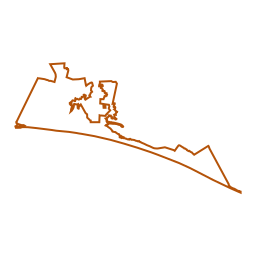 San Francisco del Mar, Oaxaca, Mexico
{"feature_id": "50627088B36646128750714", "entity_name": "San Francisco del Mar", "entity_type": "district", "adm_level": 2, "iso_a3": "MEX", "parent_name": "Mexico", "parent_adm1": "Oaxaca", "projection": "mercator", "projection_center": [-94.444, 16.207], "detail": "fine", "context": "isolated", "style": "outline", "palette": "amber", "viewbox_px": 256, "rotation_deg": 0, "n_neighbors": 0, "source": "geoboundaries", "source_scale": "gbopen_adm2", "svg_char_len": 5683}
<svg xmlns="http://www.w3.org/2000/svg" viewBox="0 0 256 256"><path d="M228.7,184.2L209.5,148.6L208.7,146.3L208.3,145.9L194.2,154.7L193.9,154.2L192.8,153.6L192.0,152.5L190.6,151.9L190.0,151.5L189.6,151.0L189.2,150.8L188.6,151.1L186.9,150.1L186.8,149.6L186.2,149.3L185.1,148.5L184.3,148.5L183.5,147.6L183.0,147.5L180.1,145.6L179.3,145.3L178.8,145.3L178.1,146.0L174.7,150.8L173.7,150.1L164.9,147.3L157.6,148.5L155.2,148.4L154.0,148.2L152.7,147.7L149.6,146.2L147.0,145.2L144.2,143.8L141.1,142.5L140.6,142.0L140.1,142.0L139.3,141.6L139.2,141.1L138.5,141.1L138.4,141.4L138.0,141.4L136.9,140.9L136.0,140.8L134.3,140.0L132.1,139.7L131.6,139.8L130.9,139.4L130.6,139.0L130.1,138.8L128.9,139.1L129.8,139.4L129.6,139.6L129.2,139.6L127.8,139.3L127.4,139.3L126.3,138.7L125.3,138.6L124.9,138.2L124.3,138.0L123.6,138.2L122.9,137.9L122.2,137.9L121.8,138.1L121.2,137.8L119.7,137.3L119.7,136.9L120.2,137.0L120.8,137.5L121.1,137.5L121.1,137.3L120.7,137.2L120.6,136.6L122.0,137.3L122.7,136.9L121.7,136.5L120.8,135.7L119.6,135.6L119.3,135.3L119.2,134.5L119.0,134.2L118.5,134.0L117.8,133.9L115.7,132.4L115.5,132.1L113.8,131.9L112.9,131.4L112.6,131.5L112.5,131.2L112.0,130.8L112.0,130.4L110.4,128.5L108.0,126.9L107.2,126.1L106.8,126.0L105.6,125.5L105.9,125.1L107.6,124.7L108.1,124.3L108.1,123.9L107.9,123.6L110.3,123.5L113.0,123.8L114.5,123.8L116.9,124.1L118.7,124.8L119.2,124.8L119.8,125.0L120.5,125.3L121.1,126.2L122.2,127.0L123.1,126.8L123.2,126.6L123.1,126.3L122.2,125.6L121.8,125.0L120.7,124.4L117.5,123.5L113.6,122.6L112.6,122.6L111.5,122.2L110.2,122.2L108.4,121.7L106.9,121.8L106.6,121.4L106.5,120.9L107.0,120.4L107.0,119.8L106.7,119.6L106.4,119.6L105.8,118.8L106.3,118.8L106.8,118.5L107.1,118.1L106.9,117.8L106.5,117.9L106.6,117.6L106.9,117.4L107.4,117.5L107.8,117.4L108.6,116.1L109.7,116.2L109.9,115.8L109.5,115.4L109.9,115.4L110.2,115.7L110.7,115.7L110.7,116.1L111.2,116.2L111.8,116.6L112.0,117.3L111.5,117.6L111.4,117.9L112.2,118.6L113.6,118.3L115.0,118.7L115.2,119.2L115.4,119.4L116.1,119.3L116.4,119.1L116.4,118.8L116.1,118.7L115.6,118.3L114.9,117.4L114.3,117.2L114.2,116.6L114.5,115.3L114.3,114.9L114.9,114.9L115.0,114.4L115.3,114.4L115.8,114.6L115.7,113.6L116.0,113.0L116.3,112.8L116.4,112.5L116.3,112.2L117.0,112.1L117.1,111.8L116.2,111.4L115.7,110.7L115.3,110.6L114.7,109.7L114.4,109.5L114.6,109.4L115.0,109.0L115.3,107.5L115.1,107.0L114.9,106.8L114.2,107.6L113.6,106.9L113.8,105.5L114.1,104.9L114.8,103.9L114.6,103.3L112.6,103.8L116.9,83.6L115.7,81.8L113.6,82.0L112.5,81.9L111.3,81.1L99.9,81.6L99.9,83.2L99.3,84.7L99.1,85.8L99.1,86.2L100.8,86.0L100.9,85.2L101.3,84.7L101.7,84.5L102.4,84.8L102.7,85.5L102.8,86.1L102.5,86.4L101.5,86.3L101.1,86.6L100.7,87.4L100.7,87.8L100.9,88.1L101.7,88.3L102.8,89.5L102.9,90.1L102.4,90.6L102.4,90.9L103.3,91.2L104.4,91.0L104.7,91.3L104.7,92.6L104.9,92.8L105.7,93.0L105.2,93.4L105.6,93.8L105.9,93.9L106.3,93.6L106.8,94.0L107.1,94.4L106.6,95.8L106.0,95.9L105.7,96.3L104.6,96.1L103.5,99.2L100.4,99.1L100.2,103.5L103.5,104.0L103.4,105.5L103.6,107.8L105.5,107.8L105.2,104.3L108.9,104.8L109.4,106.4L108.9,107.8L108.8,108.6L110.2,110.4L106.5,114.2L105.2,115.9L101.4,115.5L100.2,115.5L99.6,115.3L99.3,122.2L90.7,122.2L90.7,120.7L90.2,120.7L89.5,119.7L87.2,117.6L87.1,114.3L85.6,113.1L80.8,104.5L78.6,107.4L78.5,107.7L78.7,108.3L78.7,108.6L78.4,108.7L77.7,108.0L77.6,106.5L77.7,105.9L78.5,104.4L78.3,104.1L77.8,104.6L77.3,104.3L76.6,104.5L75.5,104.2L75.3,104.3L74.5,103.9L74.2,103.9L73.9,104.8L73.9,105.5L73.7,106.9L73.1,108.6L72.3,109.7L71.9,110.5L71.5,110.9L70.8,111.5L71.0,110.9L71.1,109.3L72.3,105.7L72.3,105.4L71.8,105.2L71.5,104.9L71.5,104.4L71.2,104.8L70.9,104.7L70.8,104.9L71.6,105.6L70.7,105.1L70.5,104.6L69.8,103.9L69.8,102.9L70.3,102.7L70.8,102.1L71.6,101.9L72.3,100.6L72.5,100.4L73.5,100.5L73.8,100.7L74.5,100.8L74.6,101.0L75.1,101.0L75.2,100.2L75.5,100.0L75.5,99.7L75.2,99.1L75.3,98.3L75.5,98.2L76.0,99.0L77.0,99.1L77.6,98.9L78.4,99.5L78.9,99.6L79.7,99.2L80.0,98.6L81.0,99.0L81.1,98.9L81.5,97.9L81.7,96.9L82.8,97.0L84.3,96.3L84.3,95.9L83.6,95.2L83.6,94.9L83.9,94.7L84.3,94.7L84.6,94.8L85.1,95.5L85.6,95.4L85.8,95.8L85.2,96.3L85.4,97.1L85.1,97.8L84.9,98.0L84.7,98.6L84.9,99.0L85.2,99.1L85.3,99.6L85.5,99.7L86.2,99.1L89.8,96.8L90.4,96.7L89.4,95.3L90.0,94.9L90.6,93.1L92.1,91.8L91.8,91.2L91.0,90.5L91.2,88.0L91.6,86.9L92.9,85.8L92.9,85.4L92.7,85.1L92.2,83.0L91.9,82.6L91.5,82.5L90.3,82.9L87.7,84.5L86.4,85.6L86.3,84.9L85.9,85.0L84.6,78.2L78.9,79.2L72.8,79.5L66.6,77.2L68.3,70.6L68.1,69.1L66.9,69.2L66.9,68.0L66.5,68.0L66.3,68.3L64.5,68.2L64.2,67.2L64.5,63.3L50.2,64.2L55.0,72.8L55.6,74.4L55.8,76.6L55.7,77.3L54.5,82.0L50.8,80.9L49.3,80.9L48.6,80.6L48.0,80.2L46.7,79.8L46.4,79.9L45.6,79.5L44.7,79.2L39.7,78.4L38.1,78.3L37.9,78.2L20.2,114.3L16.7,121.5L16.7,121.8L16.3,122.4L16.5,123.2L16.9,123.6L17.1,123.4L17.2,123.5L17.7,124.2L17.8,124.1L17.6,123.7L18.2,124.1L19.1,124.3L19.4,124.7L19.7,124.8L20.2,124.7L20.7,124.8L21.9,125.3L22.5,125.1L23.6,125.1L24.3,125.5L24.0,125.6L23.5,125.5L22.9,125.7L22.6,125.5L21.9,125.5L21.2,125.9L20.1,125.8L20.0,126.0L20.3,126.1L22.3,126.2L22.7,126.4L23.2,126.4L23.2,126.6L22.4,126.5L22.1,126.2L21.9,126.5L17.8,126.5L16.9,126.7L16.7,126.7L16.3,125.8L15.9,126.1L15.8,126.3L15.4,126.4L15.4,126.6L15.6,126.9L15.9,127.8L18.1,127.8L19.2,127.7L20.2,127.8L22.3,127.1L23.2,127.1L27.9,127.2L36.5,128.1L51.8,130.0L56.2,130.7L69.0,131.9L76.5,133.0L79.1,133.5L81.3,133.8L94.7,136.2L110.7,139.9L123.9,143.6L137.3,147.7L151.1,152.3L157.6,154.7L179.2,163.1L190.1,168.1L213.0,179.9L230.6,188.3L240.6,192.7L240.6,191.6L239.8,191.4L239.4,191.0L237.8,190.8L237.3,190.4L236.6,190.3L235.9,189.6L234.2,188.7L233.2,188.4L231.5,187.6L230.4,186.9L229.8,186.7L229.4,185.7L228.7,185.1L228.7,184.2Z" fill="none" stroke="#b45309" stroke-width="2"/></svg>